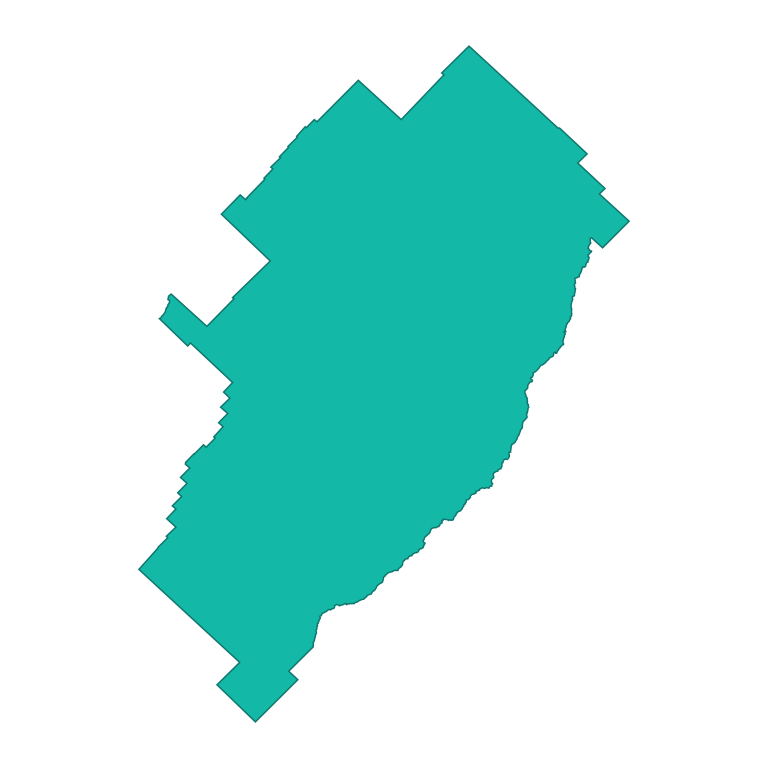 the district of Azul, Buenos Aires, Argentina
{"feature_id": "61730980B4372559560876", "entity_name": "Azul", "entity_type": "district", "adm_level": 2, "iso_a3": "ARG", "parent_name": "Argentina", "parent_adm1": "Buenos Aires", "projection": "robinson", "projection_center": [-59.546, -36.837], "detail": "fine", "context": "isolated", "style": "filled", "palette": "teal", "viewbox_px": 768, "rotation_deg": 0, "n_neighbors": 0, "source": "geoboundaries", "source_scale": "gbopen_adm2", "svg_char_len": 6128}
<svg xmlns="http://www.w3.org/2000/svg" viewBox="0 0 768 768"><path d="M559.5,128.0L558.0,128.1L469.0,46.1L441.7,73.0L444.0,74.8L401.2,119.6L358.3,80.3L317.0,121.8L314.3,119.6L306.3,127.7L305.2,126.8L296.6,136.4L297.3,137.3L287.9,146.5L288.6,147.3L279.4,156.8L280.5,157.8L270.8,167.1L272.8,169.0L264.0,178.2L264.9,179.2L246.6,198.1L246.9,198.3L245.6,199.7L240.2,194.9L221.4,214.2L270.3,261.0L232.5,297.7L234.0,298.8L206.9,326.4L171.2,294.1L169.1,295.6L168.4,296.8L168.2,298.8L167.9,299.5L168.2,299.7L168.5,299.4L168.8,299.6L169.4,300.6L169.6,301.3L169.5,302.5L167.8,305.0L167.9,306.0L167.7,306.4L167.0,307.1L166.7,307.9L166.2,308.2L165.9,309.7L165.0,312.3L163.6,314.3L161.8,316.2L160.8,317.8L159.4,318.6L187.7,346.0L190.5,343.0L232.6,382.5L223.6,392.1L229.9,398.2L220.6,407.2L227.8,413.5L218.6,422.7L223.1,426.7L213.8,436.9L215.2,438.1L206.2,447.2L203.5,444.8L194.3,454.1L194.0,453.8L185.6,462.4L185.4,464.2L189.8,468.0L180.5,477.4L187.0,483.4L177.7,492.8L181.6,496.5L172.3,505.9L175.9,509.0L166.7,518.7L175.9,527.1L166.3,536.3L167.8,537.7L158.2,547.1L157.9,548.1L138.9,569.4L239.7,662.4L217.0,684.8L255.4,721.9L297.8,679.7L288.7,671.2L313.2,646.9L313.4,643.9L313.2,642.4L314.2,641.0L314.9,637.9L315.4,636.6L315.3,635.3L316.3,633.6L316.4,631.9L315.9,630.3L316.8,629.1L316.8,627.2L317.4,626.2L317.4,623.7L318.3,623.0L318.1,622.2L318.8,621.5L319.2,620.1L320.3,618.1L319.8,616.4L320.1,616.0L321.2,615.7L322.2,613.5L326.0,611.6L328.5,609.7L329.2,609.4L330.6,609.9L331.8,608.8L332.9,608.7L334.3,607.9L334.5,607.1L334.5,606.0L336.2,604.7L336.8,604.5L338.0,604.9L339.5,605.8L340.3,605.3L343.0,604.7L345.8,603.3L346.2,603.7L346.3,604.5L346.9,604.6L348.5,603.7L349.3,603.9L350.1,603.5L351.3,603.7L352.9,603.5L354.0,603.7L354.7,602.9L355.8,602.3L357.2,602.0L359.4,600.5L362.5,599.3L363.7,599.2L365.2,597.7L366.7,596.7L366.9,595.8L367.5,595.2L371.2,594.0L372.6,591.5L373.5,590.8L374.1,590.8L375.3,589.3L376.0,588.2L376.8,586.2L377.6,585.3L380.4,583.2L381.7,582.8L382.4,582.2L383.3,579.4L383.5,577.2L385.2,575.9L385.4,575.0L385.9,574.9L387.8,573.0L390.5,571.9L391.9,571.9L393.6,570.7L394.9,570.4L397.9,570.5L398.2,570.0L398.3,569.2L399.1,568.2L400.8,567.1L401.1,566.4L402.4,565.2L402.7,562.9L403.2,561.4L404.7,560.2L404.8,559.7L406.2,558.7L407.7,558.8L408.8,556.6L409.5,556.1L411.5,555.8L412.2,555.1L412.7,554.2L415.1,552.7L416.8,552.6L417.7,552.2L419.0,550.3L419.1,549.2L421.3,548.7L423.2,547.5L423.3,546.5L423.6,546.2L423.6,545.7L424.1,545.1L424.2,544.2L425.0,543.7L424.6,542.6L423.8,542.5L423.2,541.5L423.4,540.5L424.2,539.1L424.4,538.1L425.0,536.9L426.5,535.8L427.9,534.4L428.7,533.9L429.1,533.2L429.9,532.6L430.1,531.2L431.5,528.6L432.0,528.3L433.8,527.7L436.3,527.6L437.7,526.6L438.8,526.6L439.3,525.6L439.7,525.4L439.8,524.5L440.8,523.5L441.6,523.3L442.0,522.7L442.1,521.8L441.7,521.0L442.5,520.6L442.6,520.1L443.1,520.1L443.4,519.0L446.7,519.6L448.2,520.0L448.5,520.4L449.3,519.8L450.8,520.3L452.9,520.0L453.5,519.1L453.9,517.3L455.7,515.4L456.2,514.1L457.2,512.6L458.3,511.6L460.5,510.8L461.9,509.1L463.1,506.8L463.8,506.1L464.0,504.5L464.9,503.8L465.3,503.9L465.6,502.6L466.1,502.3L466.2,500.9L466.0,500.5L466.4,499.9L467.3,499.6L468.1,499.7L469.4,498.6L470.3,497.4L470.5,495.7L471.9,494.4L474.1,494.0L474.6,493.5L475.7,493.3L475.9,493.0L475.9,492.2L476.2,491.9L476.1,491.1L477.4,491.0L478.3,490.3L479.4,490.3L479.5,489.2L482.2,487.9L482.7,487.7L484.2,488.4L485.0,488.3L486.1,487.6L489.0,488.1L489.7,486.6L490.6,486.1L491.7,486.1L491.6,485.4L492.1,484.2L492.5,484.0L492.6,483.7L491.4,481.9L491.4,480.0L492.3,478.8L493.6,477.9L493.7,476.3L493.1,474.7L493.6,473.4L494.1,472.7L496.1,471.5L497.8,471.1L498.0,469.9L500.9,468.6L501.9,466.3L501.9,463.6L502.2,462.9L503.0,462.6L502.9,461.8L503.6,460.2L505.0,459.1L507.2,459.4L508.6,458.0L509.5,455.9L509.1,455.1L509.2,454.3L508.9,453.4L509.0,452.3L510.6,452.1L510.4,451.3L510.8,450.1L511.2,446.2L512.1,444.2L512.9,444.0L515.3,442.0L515.6,440.8L516.8,439.5L517.6,436.4L518.6,435.7L519.3,433.8L520.2,431.4L520.4,430.1L522.1,428.1L522.4,427.4L522.3,425.3L522.9,422.0L523.3,421.2L523.9,421.0L524.3,420.3L525.0,419.7L527.1,417.2L526.5,414.3L527.4,412.6L527.2,411.7L527.7,411.2L528.0,408.4L528.7,407.3L528.5,406.1L528.2,405.8L528.3,404.5L527.7,404.1L527.2,402.9L527.5,401.3L527.1,399.7L527.3,398.8L526.7,397.2L526.1,396.8L525.9,395.1L524.9,393.0L524.8,391.6L525.0,390.9L526.7,389.2L527.7,387.9L527.8,385.4L529.0,383.2L529.4,383.0L529.9,382.0L531.8,381.8L532.5,380.6L532.1,379.9L531.3,379.5L530.6,377.8L532.4,377.0L533.2,374.7L533.2,374.1L532.9,373.3L533.2,372.9L535.8,371.4L538.8,368.3L539.9,366.5L541.2,365.1L542.4,364.9L545.6,362.6L546.2,361.5L548.3,359.7L549.4,358.4L549.4,358.0L551.1,357.1L551.5,356.6L552.4,356.6L553.0,356.2L553.4,355.5L553.8,353.2L554.2,352.5L554.9,352.2L555.3,352.3L555.7,353.2L556.6,353.2L557.8,350.4L558.5,350.0L559.0,348.7L559.5,348.0L560.1,347.8L560.4,347.0L562.2,345.1L563.3,344.7L563.6,344.3L563.5,343.5L562.7,341.7L563.3,340.1L563.3,338.8L564.2,337.2L564.5,335.1L565.2,334.2L564.9,332.9L564.1,332.4L563.9,331.9L564.4,331.6L565.7,331.8L565.8,331.4L565.3,330.4L565.1,329.5L565.9,327.0L566.2,326.8L566.1,325.7L566.9,324.1L567.4,323.6L567.5,322.7L569.0,321.5L570.0,319.3L570.6,318.7L570.3,317.4L570.6,316.6L571.0,316.5L571.6,315.5L571.7,313.2L571.5,311.9L571.5,310.0L571.8,309.0L571.3,307.9L571.0,306.1L571.5,302.7L572.7,299.6L572.3,296.9L572.9,296.4L573.9,296.1L574.5,295.3L574.4,293.9L575.0,292.4L575.0,291.1L575.5,289.0L575.5,288.6L574.9,288.1L574.7,287.0L574.8,286.2L574.4,284.9L574.5,284.0L575.5,283.0L574.8,278.7L574.9,278.4L577.2,277.6L578.4,276.8L579.3,276.7L579.5,274.4L579.9,274.1L581.1,271.9L581.6,269.6L582.1,268.8L582.1,267.4L582.3,267.2L583.0,267.3L583.7,266.7L584.5,267.1L585.6,266.3L585.9,264.5L586.7,262.6L587.3,262.0L588.0,262.0L588.1,260.5L588.8,259.1L589.1,257.3L588.2,256.7L588.1,255.0L588.7,254.7L589.6,253.1L590.4,252.8L591.5,251.6L591.5,251.1L590.4,250.8L589.4,250.0L588.8,248.9L588.1,248.5L588.1,248.0L588.6,246.7L588.7,245.5L589.4,245.0L590.8,242.8L590.0,241.8L590.3,240.9L590.3,238.4L591.5,237.7L602.6,247.8L629.1,221.2L599.4,194.0L605.0,188.5L577.7,163.0L587.1,153.9L559.5,128.0Z" fill="#14b8a6" stroke="#0f766e" stroke-width="1.5"/></svg>